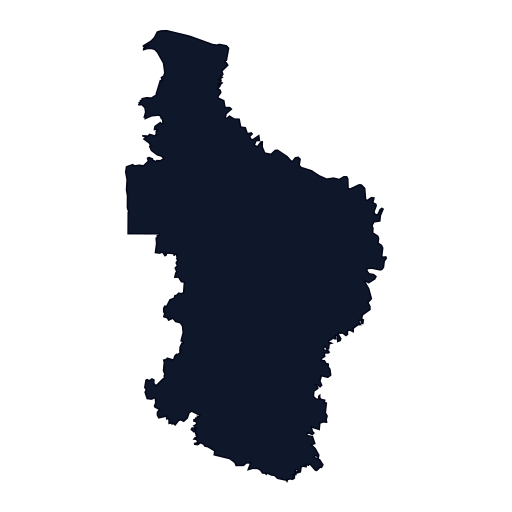 Bekasi, Jawa Barat, Indonesia
{"feature_id": "22746128B74302729610221", "entity_name": "Bekasi", "entity_type": "district", "adm_level": 2, "iso_a3": "IDN", "parent_name": "Indonesia", "parent_adm1": "Jawa Barat", "projection": "mercator", "projection_center": [107.099, -6.2], "detail": "fine", "context": "isolated", "style": "filled", "palette": "ink", "viewbox_px": 512, "rotation_deg": 0, "n_neighbors": 0, "source": "geoboundaries", "source_scale": "gbopen_adm2", "svg_char_len": 6076}
<svg xmlns="http://www.w3.org/2000/svg" viewBox="0 0 512 512"><path d="M228.6,48.2L226.4,45.8L219.4,44.4L217.1,45.1L212.7,44.6L189.9,36.3L166.8,30.7L160.9,30.9L157.3,32.0L154.4,37.7L151.2,41.0L143.3,45.9L143.5,46.6L145.0,46.6L149.6,44.6L143.7,48.5L143.6,49.7L147.5,48.5L152.0,48.5L154.9,49.5L157.5,52.3L163.5,63.0L164.8,72.6L163.8,76.0L161.4,77.6L162.2,80.7L160.3,80.6L156.3,93.8L156.8,94.7L151.4,98.1L146.7,97.7L142.2,98.7L142.4,99.7L140.5,100.6L141.1,101.6L139.1,102.7L139.7,104.0L138.3,104.8L141.9,104.7L144.9,107.6L145.7,112.1L144.3,117.0L145.2,116.9L145.2,118.6L151.7,115.8L158.7,115.1L160.7,116.1L161.1,118.0L162.6,119.5L163.0,123.1L161.6,123.9L160.3,122.6L155.0,126.4L154.4,129.5L157.2,129.5L157.5,130.2L156.2,131.5L156.3,133.8L155.1,136.0L149.6,134.4L148.1,136.1L142.3,135.7L146.3,137.3L143.9,139.0L149.5,143.2L150.6,145.6L149.7,146.5L151.4,150.4L157.2,154.8L161.7,156.2L163.9,158.8L160.3,160.7L156.8,160.6L156.5,161.7L152.7,160.4L152.5,158.9L149.0,157.5L147.5,158.2L148.4,161.2L143.4,165.9L139.6,165.2L134.1,165.9L132.8,164.6L126.5,166.8L125.7,172.1L127.1,179.6L126.5,190.0L127.5,195.8L127.4,207.8L129.1,213.0L128.2,212.8L128.1,233.7L159.2,233.8L159.3,235.7L157.3,235.6L157.3,238.0L156.2,238.1L156.6,243.8L155.4,252.6L159.7,253.1L162.5,252.0L165.0,255.7L166.3,254.9L166.5,253.0L172.8,253.5L174.2,254.3L174.0,255.9L174.4,254.3L176.5,254.6L177.2,257.8L176.7,258.5L177.8,260.1L176.2,262.9L177.5,265.8L175.2,268.0L176.9,272.0L175.8,272.9L174.8,277.2L178.6,277.1L181.4,281.7L184.4,282.1L183.6,292.8L181.5,293.6L178.6,293.2L176.7,295.3L174.9,295.7L174.2,298.2L170.0,299.8L166.5,306.7L164.8,306.1L163.7,308.3L163.7,312.0L164.8,312.9L163.8,316.7L167.5,317.9L168.6,320.1L173.0,318.2L175.6,321.5L180.4,322.8L182.5,326.0L183.2,332.6L181.1,340.8L183.4,341.8L183.3,343.3L182.0,343.1L180.1,347.1L180.0,348.5L181.1,349.2L179.8,350.0L180.1,352.9L177.7,354.6L176.5,354.3L174.8,356.1L173.6,360.1L167.4,358.2L165.9,359.6L163.7,360.1L164.3,362.2L163.5,370.7L165.0,374.5L164.2,375.6L164.4,378.6L162.9,379.0L156.1,385.8L153.8,383.5L153.9,379.9L151.9,378.9L149.4,380.8L147.2,379.6L146.0,380.1L144.8,387.6L146.4,389.5L145.1,392.2L147.2,398.6L151.6,399.1L154.7,397.7L155.3,398.3L155.8,402.7L154.5,406.0L155.1,407.2L159.5,409.3L157.4,412.4L157.4,415.1L158.8,417.8L166.6,416.1L166.7,418.9L167.3,418.7L169.0,419.1L169.1,423.4L172.0,422.9L172.0,423.9L174.2,423.7L175.1,424.9L178.8,420.2L181.1,419.9L183.7,421.3L187.3,418.0L189.0,412.9L191.6,411.1L200.0,415.3L199.3,416.9L197.4,416.3L197.5,418.2L195.9,418.0L195.8,419.0L193.9,419.8L193.9,421.1L195.8,421.4L197.0,424.1L193.9,425.8L196.5,428.2L194.8,429.0L194.7,428.1L192.1,428.0L191.3,429.5L194.5,432.3L194.0,431.2L195.5,429.8L195.7,433.6L197.1,434.2L196.1,435.1L197.5,437.1L195.1,437.7L194.0,439.1L196.6,439.4L197.9,442.5L194.6,443.5L194.7,444.3L197.7,444.7L200.5,442.7L203.7,444.2L204.7,446.0L208.0,446.8L214.8,450.9L214.2,454.8L229.8,458.6L234.9,462.5L236.1,465.5L243.6,465.4L246.3,462.9L250.7,463.0L248.2,469.6L252.8,468.3L257.8,468.5L260.6,470.2L262.5,473.0L265.0,473.2L266.3,474.3L267.2,473.0L271.3,475.0L274.7,475.4L277.5,478.3L286.4,480.2L286.6,480.9L287.0,481.3L287.5,479.5L290.7,478.8L292.3,479.4L294.3,478.2L294.5,475.5L292.3,474.8L295.9,474.5L295.1,469.9L298.0,469.5L298.2,470.9L296.7,471.9L296.8,473.0L300.4,471.9L301.1,466.9L302.9,466.2L306.1,466.7L305.9,464.5L308.5,465.2L309.1,464.2L310.4,464.5L315.3,470.1L316.6,470.5L320.0,467.3L321.5,467.3L322.9,464.8L319.6,459.7L313.8,457.2L315.8,455.1L318.3,457.6L318.8,455.1L315.1,448.5L311.1,444.6L314.8,443.6L312.5,436.6L307.7,435.7L306.5,434.1L307.4,433.2L309.6,433.3L312.3,434.5L313.9,433.0L312.5,431.6L311.1,426.9L319.2,429.5L319.8,423.1L323.3,421.9L326.6,422.2L326.2,419.4L327.1,416.0L325.3,412.7L326.4,403.1L324.4,402.5L324.7,400.2L321.0,399.4L319.7,397.5L319.7,395.4L318.7,396.3L318.8,399.0L317.9,399.4L315.6,398.7L313.4,396.3L313.9,391.1L317.8,388.4L317.6,386.8L315.5,385.0L318.0,384.8L320.1,386.8L321.7,385.2L319.9,381.1L321.4,375.7L327.8,377.3L330.7,375.1L329.9,369.2L328.1,366.8L328.3,364.1L325.9,363.4L324.4,360.7L322.1,360.7L321.2,359.7L322.2,357.9L324.7,356.5L324.3,352.9L328.4,352.9L329.2,352.2L327.9,350.5L324.3,350.4L323.4,347.9L325.4,346.3L326.8,349.0L328.6,348.8L329.1,343.9L331.5,343.2L328.7,342.0L328.5,340.7L331.6,339.4L332.9,337.5L334.4,338.8L335.8,338.8L335.2,335.7L335.9,335.0L337.4,336.3L337.7,341.5L340.1,340.6L340.8,338.7L338.5,334.8L338.5,333.1L342.9,333.1L345.9,335.5L347.5,334.4L347.4,331.4L348.2,330.4L350.0,330.1L353.2,331.7L353.3,328.2L358.1,324.7L360.6,324.6L358.7,321.4L359.8,319.9L360.9,320.4L361.7,323.2L362.8,323.5L363.4,319.9L361.5,318.8L362.5,314.9L370.0,309.5L369.9,306.3L367.9,302.5L371.4,298.7L368.7,288.8L364.5,281.4L365.3,281.0L368.7,282.7L374.7,279.0L376.0,276.6L373.7,274.6L369.1,273.8L367.0,271.1L366.9,269.4L367.7,268.5L372.0,268.2L380.2,269.9L381.9,269.4L383.5,267.2L384.2,261.2L386.3,258.2L385.8,256.9L382.7,257.2L381.7,256.4L382.7,248.0L381.5,245.5L378.0,243.0L378.6,238.5L377.8,236.2L372.6,232.8L373.0,228.6L372.0,225.5L374.0,221.8L379.8,221.0L380.4,215.4L383.1,209.1L381.9,208.3L380.2,209.5L377.7,214.9L375.0,214.4L373.9,211.8L376.2,205.7L375.8,204.2L372.7,202.6L374.0,198.0L371.4,197.6L367.4,200.4L365.6,199.7L364.7,188.4L361.4,185.0L359.1,184.8L350.4,188.9L348.1,188.8L347.8,178.9L346.7,176.8L344.0,176.7L339.3,179.5L333.5,178.1L326.7,179.1L318.9,175.7L311.6,170.8L300.9,167.4L299.2,165.1L300.1,159.2L298.2,157.3L295.4,157.8L292.8,161.0L291.3,161.4L287.2,156.7L277.5,150.2L275.2,150.4L271.1,154.3L264.7,153.1L262.2,146.9L262.3,141.8L261.0,141.9L257.4,146.8L254.2,145.2L256.1,140.6L259.4,140.5L258.8,135.7L252.8,139.7L251.2,139.5L249.5,136.7L252.2,133.9L251.2,132.9L247.3,133.7L245.3,127.7L240.7,127.1L239.1,119.2L234.2,119.1L229.5,116.1L227.0,118.4L225.3,118.0L226.1,113.7L231.4,109.1L229.8,107.6L225.0,107.5L223.8,100.7L217.9,97.9L218.0,96.4L220.8,92.5L220.2,90.3L217.7,88.8L220.0,85.9L218.4,85.3L218.1,84.0L220.4,84.4L222.1,82.9L220.3,81.9L221.1,80.2L218.7,79.7L222.2,77.3L220.9,76.6L222.9,74.3L221.8,71.0L227.8,65.2L226.4,62.9L225.0,62.4L225.3,60.7L226.4,60.3L228.6,48.2Z" fill="#0f172a" stroke="#020617" stroke-width="1.5"/></svg>